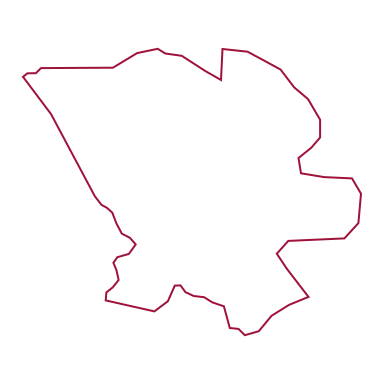 the District of Pader
{"feature_id": "UGA-3101", "entity_name": "Pader", "entity_type": "District", "adm_level": 1, "iso_a3": "UGA", "parent_name": "Uganda", "parent_adm1": "", "projection": "orthographic", "projection_center": [32.872, 2.852], "detail": "fine", "context": "isolated", "style": "outline", "palette": "rose", "viewbox_px": 384, "rotation_deg": 0, "n_neighbors": 0, "source": "natural_earth", "source_scale": "10m", "svg_char_len": 861}
<svg xmlns="http://www.w3.org/2000/svg" viewBox="0 0 384 384"><path d="M154.4,311.4L105.7,300.4L106.4,292.4L112.8,287.3L118.6,280.0L116.5,270.3L113.4,262.8L117.3,257.2L128.9,253.9L135.7,244.4L130.0,237.9L121.8,233.6L116.5,223.6L112.3,212.7L106.9,207.8L101.5,204.9L94.8,196.2L51.1,114.2L23.0,76.8L27.5,73.3L35.9,73.2L41.0,68.1L112.9,67.7L137.1,53.1L157.7,48.8L165.3,53.5L181.7,55.8L205.1,70.9L221.0,80.0L222.5,49.0L247.6,51.7L280.5,69.5L294.2,87.4L308.0,99.1L320.1,119.7L320.1,137.5L311.2,147.8L298.5,158.0L301.0,173.3L324.0,177.1L352.0,178.4L361.0,193.7L358.4,223.1L344.4,238.4L288.3,240.9L276.8,253.7L287.0,269.0L308.5,296.9L289.0,304.9L271.5,315.8L258.8,331.2L244.8,335.2L238.5,328.9L229.8,328.0L223.9,306.3L212.4,302.4L204.1,297.2L193.7,296.0L185.5,292.2L180.5,285.4L174.8,285.6L167.9,301.2L154.4,311.4Z" fill="none" stroke="#9f1239" stroke-width="2"/></svg>